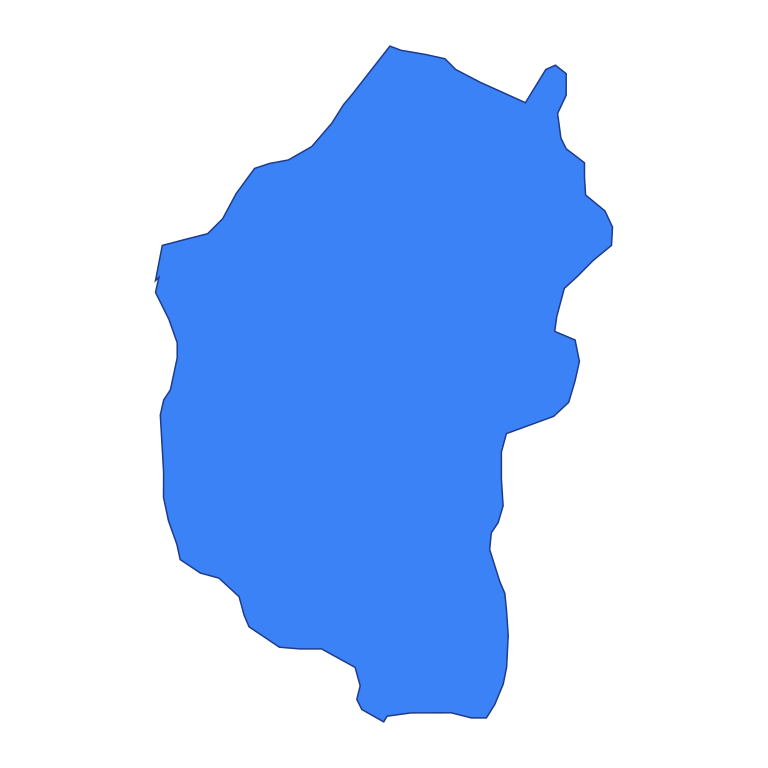 Yeongyang-gun, North Gyeongsang, South Korea
{"feature_id": "91817680B35472999009946", "entity_name": "Yeongyang-gun", "entity_type": "district", "adm_level": 2, "iso_a3": "KOR", "parent_name": "South Korea", "parent_adm1": "North Gyeongsang", "projection": "orthographic", "projection_center": [129.155, 36.686], "detail": "fine", "context": "isolated", "style": "filled", "palette": "blue", "viewbox_px": 768, "rotation_deg": 0, "n_neighbors": 0, "source": "geoboundaries", "source_scale": "gbopen_adm2", "svg_char_len": 1200}
<svg xmlns="http://www.w3.org/2000/svg" viewBox="0 0 768 768"><path d="M389.9,46.1L351.9,94.7L343.5,104.7L331.8,123.2L311.7,146.6L288.2,160.0L269.7,163.4L254.6,168.4L236.2,193.5L222.7,218.7L207.6,233.7L187.5,238.8L162.3,245.4L155.5,280.6L158.9,277.3L155.5,292.4L168.9,319.3L177.2,342.8L177.2,357.9L170.4,389.8L163.7,399.9L160.3,415.0L163.6,472.1L163.5,497.3L168.5,520.9L176.9,544.4L179.5,556.4L180.2,559.6L200.4,573.1L218.9,578.1L239.1,596.7L244.1,615.2L249.1,626.9L279.4,647.2L299.6,648.9L321.5,648.9L355.1,667.4L360.2,685.9L356.8,699.4L361.8,709.5L383.7,721.9L387.1,716.2L410.7,712.9L451.1,712.8L471.3,717.9L486.4,717.9L494.8,704.4L503.2,684.2L506.6,667.4L508.2,635.4L506.5,610.2L504.8,593.3L499.8,581.6L489.7,549.6L491.3,532.8L498.1,522.7L503.1,505.9L501.4,479.0L501.4,452.1L506.4,433.6L553.7,416.3L568.7,402.3L575.1,380.8L579.4,361.4L575.1,340.0L554.7,331.4L556.8,316.3L564.3,288.4L577.2,276.6L593.2,260.4L611.5,245.4L612.5,227.1L605.0,211.0L585.6,195.0L584.5,177.8L584.5,162.8L566.2,148.8L560.9,138.1L557.6,113.4L566.2,95.2L566.2,73.7L555.4,65.2L545.8,69.5L525.4,102.7L480.4,82.4L455.7,69.5L445.0,58.8L425.7,54.5L401.0,50.3L389.9,46.1Z" fill="#3b82f6" stroke="#1e3a8a" stroke-width="1.5"/></svg>